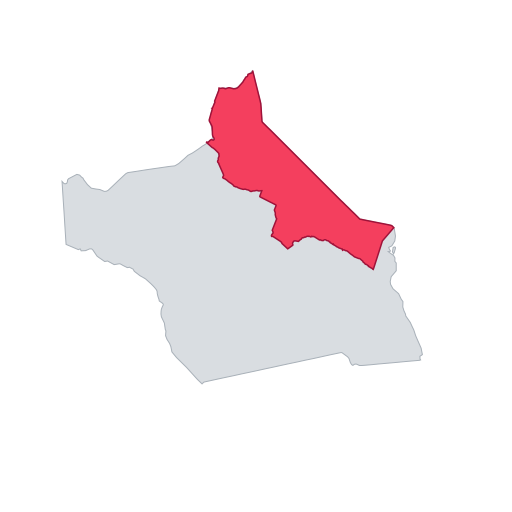 North-Eastern highlighted on a map of Kenya, rotated 315°
{"feature_id": "KEN-893", "entity_name": "North-Eastern", "entity_type": "Province", "adm_level": 1, "iso_a3": "KEN", "parent_name": "Kenya", "parent_adm1": "", "projection": "natural_earth1", "projection_center": [39.831, 1.103], "detail": "fine", "context": "in_parent", "style": "filled", "palette": "rose", "viewbox_px": 512, "rotation_deg": 315, "n_neighbors": 0, "source": "natural_earth", "source_scale": "10m", "svg_char_len": 7773}
<svg xmlns="http://www.w3.org/2000/svg" viewBox="0 0 512 512"><g transform="rotate(315 256 256)"><path d="M127.4,308.3L127.3,301.9L128.1,285.8L128.0,271.6L128.7,264.4L131.7,259.9L133.1,256.7L134.1,252.1L135.7,248.4L139.3,245.3L140.0,243.7L143.8,238.6L146.1,232.1L147.8,229.8L150.0,227.8L151.5,226.7L154.0,225.6L155.9,225.0L156.3,224.5L156.5,223.5L155.8,219.4L156.7,218.1L158.0,215.4L159.5,212.9L160.9,211.3L161.7,209.6L162.0,206.8L162.1,204.8L162.1,201.5L161.7,194.0L160.0,187.8L159.1,180.8L159.8,178.4L158.5,174.3L157.9,174.1L156.8,173.2L155.5,169.4L154.5,165.8L153.9,164.9L149.6,161.8L147.5,154.6L145.1,152.9L143.8,145.7L143.5,143.7L144.9,136.4L144.8,134.8L143.3,133.3L139.3,131.7L136.0,128.7L136.4,127.7L136.7,126.6L134.9,125.9L129.9,113.5L136.4,106.1L143.0,98.6L151.4,89.1L159.0,80.4L165.7,72.8L171.6,66.1L171.5,67.4L171.5,69.1L172.2,70.1L173.5,70.8L175.2,70.1L176.6,69.0L178.1,68.8L187.0,71.6L188.5,74.1L188.4,76.7L188.7,78.6L188.1,80.5L187.3,86.3L187.5,91.6L190.2,95.5L192.6,98.6L194.4,103.0L195.8,104.3L197.8,105.0L203.9,105.2L212.9,105.4L221.7,105.7L222.4,105.8L224.3,106.4L232.3,112.3L239.6,117.6L245.9,122.3L251.9,126.8L257.8,131.2L262.3,134.8L266.8,136.0L274.1,136.5L279.1,136.7L283.8,138.2L290.7,139.6L295.9,140.4L299.0,141.2L307.7,142.0L309.1,141.5L312.9,137.5L317.2,130.9L318.9,127.3L324.4,123.7L334.1,118.7L341.0,115.1L348.6,111.6L352.1,114.6L356.8,119.6L359.0,122.0L360.7,123.1L363.3,123.9L366.4,123.9L368.2,123.8L371.7,123.1L379.9,122.5L384.6,122.6L380.7,129.1L375.9,137.0L367.2,151.5L360.5,159.2L355.5,164.9L355.0,166.0L355.1,172.4L355.1,188.1L355.2,219.5L355.3,251.0L355.4,282.4L355.5,298.1L355.5,303.4L359.9,310.0L364.2,316.4L370.0,325.0L373.0,329.6L373.5,331.1L373.4,334.1L368.7,340.5L364.8,343.5L359.6,344.8L358.1,344.6L356.0,343.7L355.2,345.2L354.6,347.6L353.5,347.1L352.6,346.4L353.2,350.6L353.7,352.7L352.9,355.6L350.4,358.0L350.2,360.1L344.7,365.6L337.0,366.2L332.9,368.9L331.1,371.2L329.7,376.0L330.2,383.5L328.1,389.3L327.7,392.1L323.7,395.9L321.9,399.3L320.6,402.8L319.5,404.3L318.1,412.1L316.3,416.9L315.8,418.4L315.3,419.8L313.9,422.6L312.9,424.5L312.3,425.8L307.6,437.9L303.9,443.4L301.0,442.8L299.1,444.9L298.9,445.9L297.9,445.4L295.5,443.4L290.5,439.2L285.6,435.1L280.6,431.0L275.7,426.9L270.7,422.7L265.8,418.6L260.8,414.5L255.9,410.4L253.0,407.9L251.7,406.5L250.7,403.7L250.2,403.0L248.9,402.1L247.3,401.9L246.9,401.3L246.9,400.0L247.4,398.0L249.3,394.2L249.5,392.0L249.1,389.5L248.5,385.4L248.0,384.5L244.8,382.4L237.9,377.9L231.0,373.5L224.1,369.1L217.3,364.6L210.4,360.2L203.5,355.7L196.7,351.3L189.8,346.9L182.9,342.4L176.0,338.0L169.2,333.6L162.3,329.1L155.4,324.7L148.5,320.2L141.7,315.8L134.8,311.4L132.2,309.7L129.9,308.3L127.4,308.3ZM356.0,351.4L354.8,351.7L355.4,349.6L359.0,346.9L360.4,347.5L360.7,348.1L360.6,348.7L360.0,349.2L356.0,351.4Z" fill="#d9dde1" stroke="#a8b0b8" stroke-width="1"/><path d="M348.6,111.1L349.3,112.2L351.2,113.7L352.0,114.8L352.5,115.9L352.9,116.3L353.5,116.6L355.0,117.3L355.5,117.6L356.4,118.5L358.4,121.9L359.9,123.2L361.4,123.9L363.1,124.1L366.4,123.9L370.0,123.7L371.6,123.1L372.5,123.1L375.1,122.3L375.6,122.4L376.4,122.8L376.9,122.9L377.3,122.8L378.7,121.9L380.2,122.4L381.7,123.3L383.1,123.6L384.7,122.6L382.0,127.1L379.3,131.5L376.6,136.0L373.9,140.5L372.2,143.3L370.6,146.0L368.9,148.8L367.2,151.5L364.6,154.6L361.9,157.6L359.3,160.6L356.6,163.7L355.5,164.9L355.1,166.0L355.1,168.0L355.1,172.8L355.2,177.8L355.2,180.6L355.2,184.5L355.2,188.5L355.2,192.5L355.2,196.4L355.2,201.1L355.2,205.8L355.2,210.4L355.2,215.1L355.2,219.7L355.2,224.4L355.2,225.0L355.2,229.1L355.2,233.7L355.2,238.4L355.2,243.1L355.2,247.7L355.2,252.4L355.2,257.0L355.2,261.7L355.2,266.4L355.2,271.0L355.2,274.1L355.2,276.6L355.3,279.1L355.3,283.2L355.4,287.2L355.4,291.3L355.5,295.3L355.5,297.9L355.5,300.6L355.5,303.4L356.4,304.6L357.2,305.9L358.0,307.1L358.8,308.3L360.4,310.7L362.1,313.2L363.8,315.8L365.3,318.0L366.9,320.4L368.6,322.9L370.2,325.3L371.8,327.7L373.0,329.6L373.4,330.4L373.5,331.1L373.5,333.4L356.3,334.7L356.1,334.7L331.1,347.6L329.4,348.4L329.2,347.7L329.4,347.1L329.2,346.6L328.8,345.4L328.4,343.4L328.1,342.9L328.2,342.7L328.5,342.5L328.6,342.4L328.4,341.8L328.1,340.1L328.0,339.8L327.6,339.4L327.5,339.0L327.5,338.7L327.6,338.3L327.7,338.0L327.5,336.4L327.5,335.7L327.8,335.3L327.9,335.0L327.9,334.9L327.7,333.9L327.6,331.6L327.4,331.0L326.9,330.5L326.7,330.1L325.3,326.8L325.1,326.5L325.0,326.1L324.8,323.7L324.5,322.4L324.3,321.0L324.1,317.8L323.8,316.4L323.0,315.4L322.9,314.6L322.5,313.8L322.0,313.3L321.3,313.2L321.5,312.6L321.7,312.2L321.9,312.0L321.5,311.4L320.3,308.8L320.1,307.7L319.9,307.1L319.5,306.3L319.5,305.5L319.5,305.3L319.0,303.6L318.9,303.3L319.0,303.0L319.0,302.8L319.1,302.2L318.9,302.2L318.6,302.3L318.5,301.9L318.4,300.7L318.0,299.5L317.9,298.9L318.2,298.4L317.9,298.0L317.9,297.4L317.9,296.9L317.9,296.6L316.9,295.0L316.8,294.3L316.7,293.8L316.4,293.4L316.0,293.0L315.5,292.8L314.6,292.7L314.2,292.5L314.1,292.3L313.3,291.2L313.1,291.1L313.1,290.6L313.0,290.1L312.7,289.8L312.3,289.7L312.1,289.2L310.9,283.8L310.5,282.9L309.9,282.6L309.8,282.4L309.5,281.7L309.4,281.5L309.1,281.4L308.6,281.5L308.2,281.3L307.9,280.3L307.7,279.9L307.2,279.6L307.0,279.0L306.5,278.6L306.0,278.2L305.6,278.0L304.4,277.7L304.2,277.4L304.0,277.2L303.7,277.0L302.8,276.8L302.4,276.6L302.1,276.2L301.6,275.9L300.9,275.9L300.3,276.0L299.7,276.1L299.1,275.8L296.3,275.7L294.6,273.2L294.2,272.9L294.0,272.6L293.8,272.4L293.6,272.3L292.6,272.3L291.5,272.5L291.0,272.7L290.7,273.0L290.4,273.4L290.2,273.9L290.0,274.2L289.6,274.4L283.5,273.4L283.2,265.6L283.3,265.4L283.5,264.8L283.6,264.6L283.7,264.3L283.6,262.9L281.8,254.2L281.7,254.0L281.1,253.5L281.0,253.4L280.9,253.2L281.1,252.7L281.3,252.5L281.9,252.2L282.0,252.1L284.2,251.8L284.3,251.7L284.5,251.6L284.7,251.4L285.2,250.6L285.6,249.6L285.6,249.4L285.9,249.2L286.1,249.1L296.8,244.4L297.0,244.2L297.1,243.5L297.2,243.2L297.6,242.4L298.5,240.9L298.9,240.3L299.6,239.7L300.0,239.3L300.4,238.7L301.4,236.6L301.5,236.5L301.6,236.4L305.5,234.7L305.8,234.5L306.1,234.2L306.1,233.9L306.1,233.7L300.7,217.2L300.7,216.7L300.9,216.5L301.2,216.3L306.3,213.9L306.2,213.8L306.1,213.7L305.6,213.3L305.4,213.2L305.1,212.9L304.6,212.6L304.4,212.4L303.6,211.5L303.5,211.1L303.4,211.0L303.3,210.8L303.2,210.5L302.9,210.2L302.7,210.0L300.7,208.7L300.1,208.0L299.9,207.9L299.5,207.6L298.7,207.3L298.5,207.2L298.4,207.1L297.9,206.6L297.9,206.4L297.7,206.1L297.4,204.4L297.1,203.7L296.9,203.4L296.6,203.0L296.5,202.9L296.4,202.7L296.1,202.0L295.8,201.4L295.7,201.2L295.2,200.7L294.1,199.9L293.9,199.6L292.6,197.3L291.6,195.1L291.2,193.5L291.0,193.2L290.8,192.9L290.7,192.8L290.5,192.7L290.3,192.0L290.2,191.8L290.1,191.7L289.9,191.4L289.8,191.0L289.9,190.5L290.0,189.2L289.9,188.3L289.9,188.1L289.7,186.8L289.6,186.6L289.5,186.2L289.1,183.9L289.0,181.9L288.6,179.6L288.1,178.5L287.9,177.9L287.9,177.7L287.9,177.4L287.9,177.2L288.0,176.9L288.4,176.7L290.1,176.1L290.8,174.9L294.8,164.6L295.0,164.4L295.2,164.2L295.2,163.5L295.2,163.0L295.3,162.7L295.4,162.4L295.6,162.1L295.8,161.9L296.0,161.8L296.2,161.6L297.1,161.4L297.4,161.2L297.6,161.1L298.2,160.4L298.4,160.2L298.7,160.0L300.3,159.4L300.6,159.2L300.8,159.0L301.2,158.4L301.3,158.2L302.0,157.6L302.2,157.1L302.3,156.5L302.3,151.6L302.1,149.5L301.7,148.2L301.3,141.3L301.3,140.7L301.5,140.6L301.9,140.6L302.1,141.0L301.8,141.7L305.8,141.8L306.8,142.2L307.1,142.6L307.2,143.1L307.5,143.6L308.0,144.0L309.0,143.9L309.6,143.0L310.3,140.5L311.1,139.3L313.2,137.1L315.7,134.4L316.4,133.5L316.9,132.3L317.8,129.6L318.4,127.6L319.1,126.7L321.8,125.2L324.6,123.6L327.7,121.9L329.2,121.0L329.3,120.8L329.3,120.6L329.3,120.4L329.6,120.5L329.8,120.6L333.2,119.2L335.7,118.2L335.9,118.0L336.1,117.4L336.3,117.2L340.4,115.4L343.8,113.9L346.5,112.7L348.6,111.1Z" fill="#f43f5e" stroke="#9f1239" stroke-width="1.5"/></g></svg>